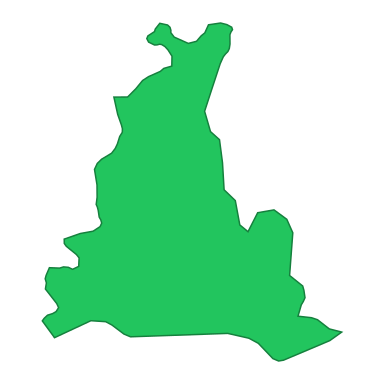 an SVG outline of Saldus
{"feature_id": "LVA-1068", "entity_name": "Saldus", "entity_type": "Municipality", "adm_level": 1, "iso_a3": "LVA", "parent_name": "Latvia", "parent_adm1": "", "projection": "orthographic", "projection_center": [22.32, 56.635], "detail": "fine", "context": "isolated", "style": "filled", "palette": "green", "viewbox_px": 384, "rotation_deg": 0, "n_neighbors": 0, "source": "natural_earth", "source_scale": "10m", "svg_char_len": 1600}
<svg xmlns="http://www.w3.org/2000/svg" viewBox="0 0 384 384"><path d="M130.5,336.8L124.0,334.1L111.9,325.0L105.7,321.7L90.9,320.7L54.5,337.7L54.3,337.5L53.7,336.5L42.3,320.9L44.2,318.3L47.5,315.2L52.6,313.6L56.1,311.6L58.6,307.6L56.7,303.5L45.4,289.0L46.4,282.9L45.2,278.8L46.1,275.4L49.4,267.7L59.6,268.1L63.5,266.9L68.3,267.3L72.6,269.3L78.7,266.4L79.1,257.9L76.4,254.5L66.4,246.4L64.3,243.5L64.2,239.1L80.3,233.5L93.1,231.2L100.1,226.6L101.7,223.1L100.8,219.9L99.2,217.1L98.2,210.3L97.3,206.9L96.2,204.5L97.1,197.3L97.0,184.9L94.5,169.4L97.3,163.4L101.6,159.2L111.6,153.2L115.2,148.5L117.4,143.9L119.7,136.5L122.3,132.3L122.4,128.7L121.4,124.9L117.7,114.4L113.9,97.1L127.6,97.0L135.8,88.8L142.6,80.5L148.6,76.6L160.3,71.4L163.8,68.4L171.8,66.1L172.0,56.2L168.0,49.9L165.0,46.6L161.8,44.6L159.7,44.2L157.0,44.9L154.5,45.0L148.6,42.1L146.8,38.6L147.9,35.9L154.5,31.6L155.3,29.0L159.8,23.3L167.6,25.0L170.0,27.3L170.9,30.3L170.8,32.6L174.2,37.1L188.3,43.4L196.5,41.3L201.2,35.8L204.8,32.9L208.5,24.8L220.6,23.0L226.9,24.6L231.7,27.2L232.5,29.7L231.0,31.9L229.9,34.7L230.0,44.0L229.3,48.6L227.9,51.5L225.3,54.2L223.3,56.8L220.2,63.7L211.2,91.0L204.6,111.3L210.5,131.6L219.5,139.7L222.5,162.7L224.1,189.8L235.3,200.6L239.8,224.9L248.0,231.7L257.7,212.7L274.0,209.9L286.8,219.3L292.8,232.8L289.6,275.5L302.7,286.0L303.9,290.3L305.0,297.7L303.3,301.5L301.3,304.8L298.0,316.2L311.5,317.7L317.5,319.7L329.3,328.9L341.4,332.0L341.7,332.1L329.8,340.6L283.5,360.2L278.6,361.0L272.9,358.6L258.3,343.3L249.6,338.6L248.8,338.2L227.7,333.4L130.5,336.8Z" fill="#22c55e" stroke="#15803d" stroke-width="1.5"/></svg>